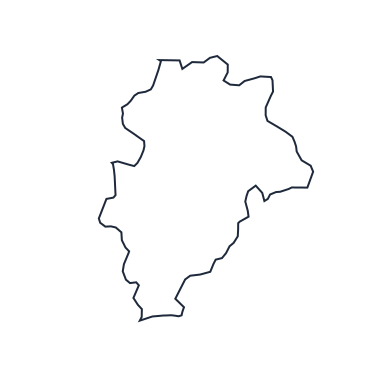 the district of Inje-gun, Gangwon, South Korea, rotated 207°
{"feature_id": "91817680B61474779558203", "entity_name": "Inje-gun", "entity_type": "district", "adm_level": 2, "iso_a3": "KOR", "parent_name": "South Korea", "parent_adm1": "Gangwon", "projection": "mercator", "projection_center": [128.258, 38.093], "detail": "fine", "context": "isolated", "style": "outline", "palette": "slate", "viewbox_px": 384, "rotation_deg": 207, "n_neighbors": 0, "source": "geoboundaries", "source_scale": "gbopen_adm2", "svg_char_len": 1687}
<svg xmlns="http://www.w3.org/2000/svg" viewBox="0 0 384 384"><g transform="rotate(207 192 192)"><path d="M265.1,147.0L263.0,126.1L259.8,122.9L253.5,121.8L248.6,124.6L243.8,125.8L236.6,124.0L232.6,117.2L226.0,112.3L221.1,110.6L220.8,108.6L219.9,96.8L217.7,89.9L211.1,83.9L205.9,82.7L200.7,86.2L197.0,84.7L196.1,71.0L189.0,66.9L183.5,64.9L180.1,57.8L180.1,53.7L170.8,63.1L166.6,65.7L161.7,68.8L158.0,70.8L154.7,72.7L151.0,74.1L147.5,75.2L145.3,77.4L146.1,80.5L146.6,83.7L146.8,85.7L151.0,87.0L158.4,89.3L158.4,101.2L158.4,111.0L155.6,116.6L147.2,122.2L139.5,129.2L140.2,137.6L140.2,142.5L135.3,146.7L133.9,153.0L133.9,160.7L131.8,165.6L131.1,173.3L133.9,179.6L136.7,185.2L136.0,187.3L130.4,195.7L133.9,200.7L140.2,207.7L141.6,213.3L142.3,218.2L138.1,226.6L129.0,223.1L123.4,216.8L121.3,220.3L121.3,225.2L117.1,230.1L113.6,232.2L110.1,235.7L107.3,238.5L105.2,241.3L91.2,248.3L93.3,265.1L98.2,269.3L108.7,270.0L117.1,275.6L119.9,279.8L123.4,283.3L127.6,286.8L136.0,288.2L145.1,288.9L157.0,289.6L161.2,293.8L164.7,300.8L165.4,313.4L165.4,318.3L171.0,328.1L173.8,330.3L183.6,326.0L187.8,321.8L195.5,314.8L198.4,308.5L206.8,305.0L214.5,305.7L214.5,313.4L214.5,314.8L218.0,321.8L231.3,324.6L236.9,319.7L240.4,312.7L250.9,307.8L256.5,297.3L262.8,303.6L281.0,294.7L279.1,294.5L277.3,285.3L275.0,269.2L275.3,264.7L278.8,260.3L284.8,255.8L287.1,251.7L288.0,245.4L289.4,240.8L292.8,235.4L289.1,230.5L288.0,226.5L284.5,221.3L280.5,218.7L271.6,217.6L257.8,215.6L255.2,211.3L254.1,207.0L253.5,200.1L253.8,193.2L255.2,188.9L260.1,187.8L272.2,185.5L276.7,181.6L275.0,180.9L273.3,178.6L271.6,176.3L268.2,171.1L258.7,154.5L259.5,151.3L265.1,147.0Z" fill="none" stroke="#1e293b" stroke-width="2"/></g></svg>